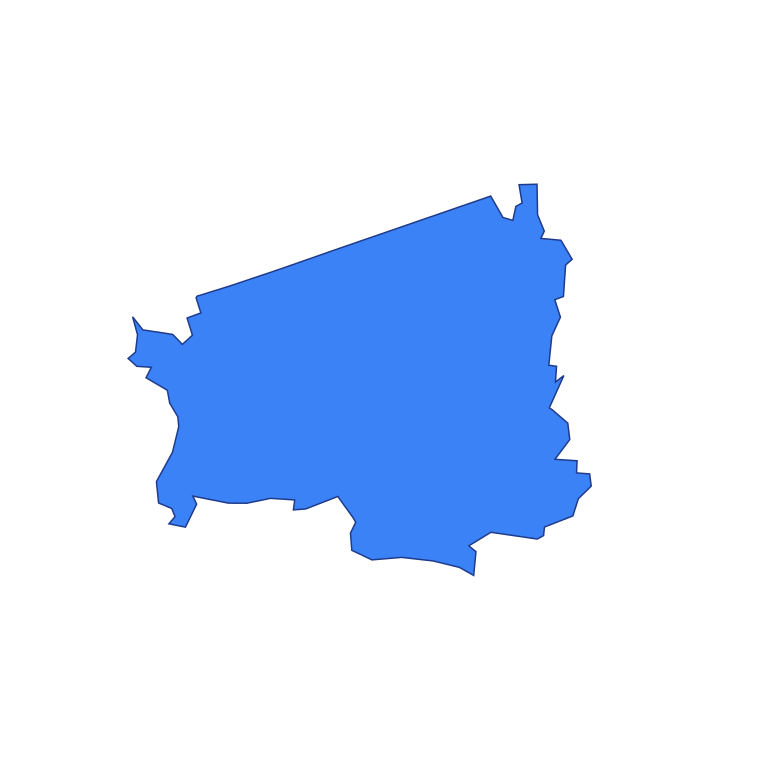 the district of Bedford, Virginia, United States of America, rotated 224°
{"feature_id": "52423323B54527042369331", "entity_name": "Bedford", "entity_type": "district", "adm_level": 2, "iso_a3": "USA", "parent_name": "United States of America", "parent_adm1": "Virginia", "projection": "robinson", "projection_center": [-79.533, 37.312], "detail": "fine", "context": "isolated", "style": "filled", "palette": "blue", "viewbox_px": 768, "rotation_deg": 224, "n_neighbors": 0, "source": "geoboundaries", "source_scale": "gbopen_adm2", "svg_char_len": 1203}
<svg xmlns="http://www.w3.org/2000/svg" viewBox="0 0 768 768"><g transform="rotate(224 384 384)"><path d="M335.3,604.4L356.6,610.3L372.3,597.7L374.9,605.3L391.1,612.4L412.7,634.0L425.3,621.2L410.4,610.1L412.5,603.4L405.0,591.2L414.1,586.4L437.8,593.3L513.8,443.8L537.9,395.8L562.8,347.8L579.5,317.3L579.1,315.5L565.1,307.9L571.5,294.7L555.7,286.0L556.6,272.4L570.4,272.9L595.1,255.4L611.5,257.7L595.5,248.2L584.9,234.3L585.8,224.6L574.1,225.0L563.0,234.4L559.5,223.2L535.5,229.0L524.9,221.4L509.5,217.2L502.0,210.7L488.7,187.9L479.9,155.7L463.5,141.8L450.2,147.0L442.2,143.4L441.6,134.0L427.4,143.1L435.3,167.4L443.6,170.6L413.2,190.2L399.9,202.9L386.2,222.9L367.7,238.6L361.7,230.5L353.5,239.8L339.1,271.0L313.7,266.4L308.3,264.9L304.5,253.4L291.6,242.0L270.5,249.1L250.9,271.5L225.8,290.8L202.5,304.4L186.5,308.6L201.4,327.3L210.6,326.5L204.1,351.6L166.1,378.9L163.9,385.8L169.2,392.6L156.5,420.3L164.5,436.5L164.0,454.5L173.6,462.2L183.7,453.8L191.8,462.9L208.7,448.6L211.8,473.1L224.6,483.5L245.4,482.3L248.5,481.6L260.5,515.0L262.0,504.5L272.2,516.6L278.5,512.0L296.7,535.2L303.5,554.6L319.7,563.3L315.7,571.6L336.0,595.7L335.3,604.4Z" fill="#3b82f6" stroke="#1e3a8a" stroke-width="1.5"/></g></svg>